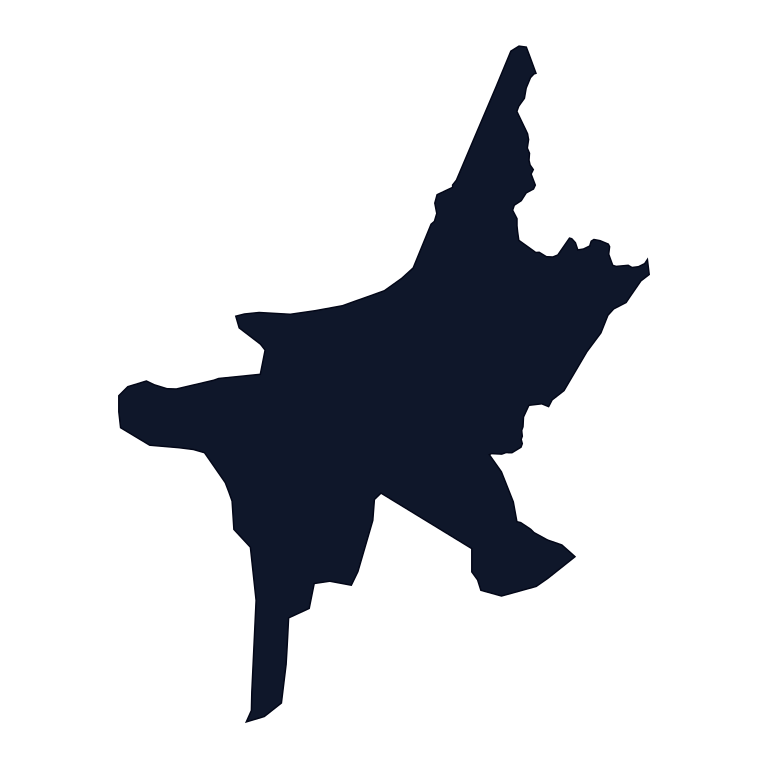 outline of Kisangani, Orientale, Democratic Republic of the Congo
{"feature_id": "63176286B93910554563220", "entity_name": "Kisangani", "entity_type": "district", "adm_level": 2, "iso_a3": "COD", "parent_name": "Democratic Republic of the Congo", "parent_adm1": "Orientale", "projection": "albers", "projection_center": [25.29, 0.544], "detail": "fine", "context": "isolated", "style": "filled", "palette": "ink", "viewbox_px": 768, "rotation_deg": 0, "n_neighbors": 0, "source": "geoboundaries", "source_scale": "gbopen_adm2", "svg_char_len": 2688}
<svg xmlns="http://www.w3.org/2000/svg" viewBox="0 0 768 768"><path d="M519.0,46.1L510.9,51.1L495.9,87.3L473.7,139.4L463.1,164.4L456.4,180.2L452.6,185.0L452.6,185.5L452.6,187.4L448.7,189.2L437.1,194.7L436.9,195.4L434.8,203.1L436.4,211.5L436.8,213.4L435.7,217.0L434.4,221.4L431.7,223.7L431.1,224.2L413.2,267.9L401.8,278.3L384.4,290.7L381.4,291.8L360.8,299.2L356.7,300.6L342.6,305.7L315.2,310.7L292.3,314.0L290.4,314.3L259.1,312.5L244.4,314.0L235.8,316.2L239.2,327.9L260.5,344.2L265.1,350.1L262.5,363.3L260.3,374.3L218.6,378.5L213.9,380.2L176.3,389.0L166.9,388.7L154.0,384.7L146.4,381.0L127.8,386.7L118.8,395.7L118.8,411.7L120.6,427.7L149.7,445.2L179.1,447.7L193.4,449.5L204.5,452.7L215.4,468.4L225.3,482.7L228.9,492.1L232.1,501.1L233.9,529.4L250.4,547.2L256.1,600.4L251.8,692.4L251.4,710.5L246.3,721.9L264.3,716.5L277.6,706.0L281.4,703.0L286.1,664.4L286.9,650.8L287.6,637.7L288.6,617.9L309.2,608.4L314.2,583.5L329.8,581.2L351.3,585.2L357.9,571.6L372.8,520.4L374.4,499.5L381.0,493.1L417.5,515.4L425.2,520.1L471.8,548.6L471.8,571.9L477.6,579.9L480.9,590.3L501.5,596.0L536.2,586.4L547.7,578.4L565.2,564.5L575.0,556.7L574.4,556.1L561.9,545.0L547.8,540.1L546.4,539.4L534.0,532.6L530.7,529.3L520.7,522.6L516.9,521.7L513.3,501.9L501.4,471.8L489.3,454.7L491.0,453.8L491.5,453.6L501.8,454.1L504.0,453.3L505.8,452.6L506.9,452.6L508.0,452.6L508.4,452.7L511.7,452.7L512.0,452.7L521.0,447.2L522.3,443.6L521.3,439.9L521.2,439.4L521.6,438.1L522.3,436.3L521.9,432.6L521.7,430.3L523.0,426.8L523.1,424.9L523.5,417.0L528.9,405.3L539.2,404.1L541.8,403.8L542.5,404.1L548.6,406.6L549.0,405.9L552.1,399.9L557.6,395.6L564.0,390.6L586.9,351.7L600.9,332.9L607.9,315.3L613.7,308.9L626.1,302.5L630.0,296.7L640.9,280.9L649.2,274.5L647.4,259.5L645.4,262.5L644.7,263.6L642.3,264.8L638.5,266.7L632.0,267.5L628.3,265.4L628.2,265.3L616.2,266.4L612.8,265.4L612.1,263.6L610.7,259.8L608.9,254.8L608.7,254.1L609.6,246.7L608.3,244.1L601.8,241.4L600.4,240.8L599.7,240.6L593.9,239.5L591.2,241.2L590.8,242.5L589.7,246.0L587.0,247.3L583.5,249.0L581.1,249.4L577.8,249.9L575.4,242.7L572.4,239.4L571.7,238.7L569.5,238.1L557.8,255.0L552.8,257.0L548.7,256.8L546.4,256.7L545.4,256.1L542.0,254.0L539.2,252.3L537.6,252.4L535.7,252.5L533.3,250.7L518.8,240.3L517.6,231.7L517.0,225.8L517.0,218.7L512.6,210.2L514.3,205.2L521.2,200.7L526.2,192.9L531.2,190.2L533.5,189.0L535.3,185.1L531.1,174.0L533.3,169.6L530.1,165.0L529.9,164.2L529.0,160.2L529.5,153.3L527.3,148.1L528.6,139.4L528.3,138.2L527.6,133.9L525.5,129.4L524.0,126.3L521.4,120.9L516.9,111.5L517.3,110.2L518.7,106.3L520.5,103.7L524.4,98.3L525.8,90.2L526.2,88.0L530.5,77.6L534.0,73.9L536.0,73.3L529.9,56.7L526.3,47.1L519.0,46.1Z" fill="#0f172a" stroke="#020617" stroke-width="1.5"/></svg>